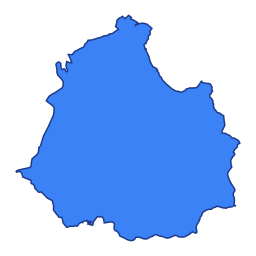 the district of Chisindia, Arad, Romania
{"feature_id": "2599482B8925647797372", "entity_name": "Chisindia", "entity_type": "district", "adm_level": 2, "iso_a3": "ROU", "parent_name": "Romania", "parent_adm1": "Arad", "projection": "natural_earth1", "projection_center": [22.109, 46.245], "detail": "fine", "context": "isolated", "style": "filled", "palette": "blue", "viewbox_px": 256, "rotation_deg": 0, "n_neighbors": 0, "source": "geoboundaries", "source_scale": "gbopen_adm2", "svg_char_len": 5532}
<svg xmlns="http://www.w3.org/2000/svg" viewBox="0 0 256 256"><path d="M236.0,206.1L235.4,205.7L234.9,205.2L234.5,204.8L234.0,204.2L234.5,200.9L234.3,198.0L233.2,195.0L233.3,193.2L234.9,190.8L234.5,188.7L231.0,183.2L230.7,182.7L230.5,182.3L228.5,177.8L227.5,174.3L228.0,172.8L228.5,171.5L230.2,169.1L231.8,167.0L231.0,164.3L230.9,162.1L230.8,161.3L230.7,160.2L232.6,157.0L234.7,154.6L234.5,153.2L233.3,152.1L234.7,149.5L235.5,148.7L236.2,148.1L236.4,147.9L236.5,147.9L237.1,147.3L237.5,144.7L239.8,143.1L239.2,141.8L238.5,140.6L236.7,139.5L234.4,138.2L231.8,137.8L230.0,135.7L228.2,134.8L227.4,134.4L225.4,133.4L222.1,133.0L221.9,131.5L223.9,127.1L224.8,125.4L224.5,123.1L224.3,121.8L223.8,117.9L223.7,115.9L219.6,113.1L218.0,112.7L217.0,112.2L216.8,112.0L216.7,111.8L216.3,111.3L215.9,110.7L215.4,110.0L214.3,109.1L213.9,107.4L213.1,105.8L213.6,104.9L213.7,104.3L213.3,103.5L212.6,102.9L212.7,102.3L212.9,101.7L213.0,101.0L212.4,100.4L212.3,99.8L211.9,99.2L211.8,98.9L211.0,98.1L210.2,97.4L209.8,96.4L209.8,95.0L210.2,94.2L211.0,93.8L211.4,93.3L211.6,92.2L212.1,91.7L212.6,91.1L212.3,90.5L211.8,88.7L211.9,88.0L212.1,87.3L211.5,86.1L211.0,85.3L210.6,84.5L210.3,84.1L208.7,83.5L206.0,83.3L204.5,83.1L201.9,82.1L201.6,81.2L201.4,81.2L201.1,81.7L200.9,82.0L199.0,84.8L197.1,87.0L195.8,87.9L192.7,87.9L191.8,88.2L190.2,87.8L188.3,88.5L186.3,89.0L184.9,90.6L181.0,92.4L179.3,91.6L175.7,91.0L172.0,88.9L166.9,84.5L165.9,83.6L165.0,82.6L162.7,80.3L161.3,77.5L159.3,75.4L159.0,74.1L158.7,72.7L156.9,70.8L157.6,70.4L156.7,68.7L152.7,66.5L150.1,61.5L148.9,56.7L148.3,55.3L147.9,54.5L147.4,53.3L146.4,51.5L146.2,50.0L146.1,49.8L146.0,48.9L145.0,49.2L145.0,48.3L144.6,46.9L143.9,45.1L144.6,44.0L145.2,43.8L145.9,43.6L147.2,40.2L148.4,38.9L148.2,36.3L149.7,34.9L150.3,33.9L149.8,31.5L151.9,28.3L149.0,25.9L147.2,24.3L145.8,23.8L143.7,23.3L141.4,23.3L138.5,23.9L137.4,24.3L135.6,25.6L135.2,25.2L137.4,23.4L137.8,22.7L134.7,20.8L133.2,20.0L130.7,19.0L131.4,17.5L128.8,15.4L128.0,15.9L127.2,16.6L126.7,17.1L126.0,17.7L125.5,18.1L125.3,18.3L125.2,18.3L125.0,18.6L122.4,16.3L121.2,17.3L120.1,17.7L119.2,18.3L118.3,18.9L117.5,19.6L117.1,20.2L116.8,21.3L116.7,22.5L116.4,24.3L115.9,25.5L115.5,26.5L117.9,28.5L117.9,28.8L118.0,29.1L118.3,29.6L116.8,30.4L116.2,30.8L115.0,31.6L113.7,32.6L112.4,33.5L111.8,33.8L111.0,33.7L110.2,33.8L109.3,34.1L108.4,34.6L108.5,35.0L106.8,35.6L106.5,35.7L105.5,35.8L105.0,35.8L104.9,35.7L103.4,36.1L103.4,36.3L103.2,36.4L102.4,36.7L102.2,36.8L101.3,37.1L101.2,37.3L100.9,37.3L100.1,37.6L98.4,37.9L98.1,38.0L96.8,38.4L95.1,39.0L94.1,39.2L93.0,39.7L91.6,40.0L90.8,40.0L89.5,40.2L88.0,40.3L87.6,41.4L86.9,42.2L86.2,43.1L84.9,44.1L84.6,44.5L84.5,45.1L84.3,46.0L83.9,46.8L82.7,47.6L81.8,47.8L80.3,48.6L79.9,48.8L77.6,50.0L77.1,50.5L76.3,50.8L75.1,51.3L74.1,52.1L72.4,54.6L68.3,54.5L70.4,58.9L70.7,59.6L70.7,59.8L71.0,60.9L71.2,61.4L71.3,61.7L71.8,62.6L69.8,62.8L66.8,61.5L66.0,65.5L66.3,67.4L67.5,70.6L67.3,71.4L66.9,71.8L66.0,71.5L65.5,70.8L65.0,69.4L64.1,68.8L63.4,68.9L62.3,69.6L61.8,69.6L61.1,68.3L60.7,63.4L59.3,62.1L58.1,62.1L56.4,63.4L56.2,63.9L56.0,64.4L56.1,65.4L57.0,69.7L56.9,72.1L57.7,75.0L60.0,77.4L61.7,79.4L63.1,81.4L63.3,83.1L63.0,85.7L62.2,87.9L54.8,92.8L51.4,94.5L50.8,95.4L49.3,96.0L47.8,98.2L46.3,100.8L48.1,102.3L52.2,105.3L53.7,107.0L54.1,107.5L54.0,111.8L53.4,115.2L49.0,125.2L47.6,128.1L43.5,136.0L41.4,142.9L40.5,145.9L38.8,147.5L38.6,151.3L37.4,154.2L32.1,158.8L31.4,162.2L31.0,166.3L29.5,167.6L22.2,169.2L19.3,169.8L17.0,170.6L16.2,171.5L16.6,172.1L17.5,172.0L18.6,171.3L20.1,171.7L21.0,172.2L21.8,173.3L22.3,175.2L22.8,177.0L27.8,179.1L30.8,180.3L31.3,181.4L31.0,183.0L31.4,183.6L33.3,184.3L34.6,186.1L34.7,188.0L38.6,192.2L41.6,192.1L47.6,198.3L52.3,200.6L53.6,205.9L53.5,210.2L59.1,217.3L61.9,217.5L63.3,223.2L66.7,227.3L70.6,226.2L72.9,226.4L75.3,225.7L77.0,226.2L78.4,224.9L78.9,223.7L80.0,223.0L81.2,222.4L82.8,222.6L82.7,221.8L84.0,221.1L85.4,220.9L86.2,220.7L86.6,220.2L86.9,220.3L86.5,221.1L87.1,221.6L87.8,222.2L88.8,221.4L89.2,221.2L89.9,221.1L90.5,221.4L90.3,221.7L89.7,221.9L89.4,221.8L88.3,222.2L88.3,222.4L89.3,222.3L88.9,222.5L89.0,222.8L90.2,222.8L89.7,223.1L88.7,223.0L88.4,222.9L88.5,223.2L88.9,223.2L88.7,223.4L88.1,223.4L87.8,224.0L90.9,224.7L91.0,225.0L92.4,225.3L93.0,224.5L93.3,221.7L94.3,220.9L95.3,219.2L97.4,216.7L98.6,216.8L99.8,217.0L101.0,216.6L101.6,216.9L102.3,217.0L103.5,218.9L104.0,220.9L104.2,222.9L107.6,222.4L110.4,221.9L111.9,221.9L114.1,223.0L114.4,224.9L114.0,227.2L114.2,228.8L115.0,230.6L116.2,230.8L117.9,232.2L118.9,233.6L120.0,236.1L121.4,236.7L123.5,237.6L127.2,239.6L130.5,240.6L131.7,240.6L133.0,240.3L134.7,239.4L135.4,237.5L136.9,237.2L138.9,237.2L141.5,237.9L143.9,238.9L145.5,238.9L147.4,238.8L150.2,237.0L152.0,236.5L153.5,235.8L154.9,234.6L156.1,234.7L159.3,235.9L159.5,236.0L162.5,236.5L165.0,237.5L166.9,238.1L169.1,237.8L171.8,236.7L174.5,235.5L175.8,235.4L177.0,235.7L178.3,236.7L178.5,236.7L179.4,236.9L181.7,237.1L183.2,237.0L183.6,237.0L185.7,236.3L189.0,234.5L190.9,233.0L192.2,232.0L192.6,232.1L193.1,232.1L194.5,232.7L195.5,233.1L196.2,233.0L196.9,232.1L196.7,230.9L196.1,226.9L196.9,224.8L197.0,224.6L198.5,222.1L198.9,221.4L199.9,219.1L200.2,217.3L200.4,217.0L201.3,215.9L202.2,213.9L202.6,212.7L203.3,211.9L205.1,211.0L205.8,210.3L208.7,209.3L211.2,209.3L212.9,208.0L215.8,207.0L216.8,206.2L217.3,206.3L219.1,206.7L220.3,207.0L222.8,207.9L224.9,207.9L226.2,208.3L227.2,207.6L228.3,207.3L230.1,207.0L231.6,206.9L232.7,206.5L234.0,205.7L234.4,205.6L235.3,205.9L236.0,206.1Z" fill="#3b82f6" stroke="#1e3a8a" stroke-width="1.5"/></svg>